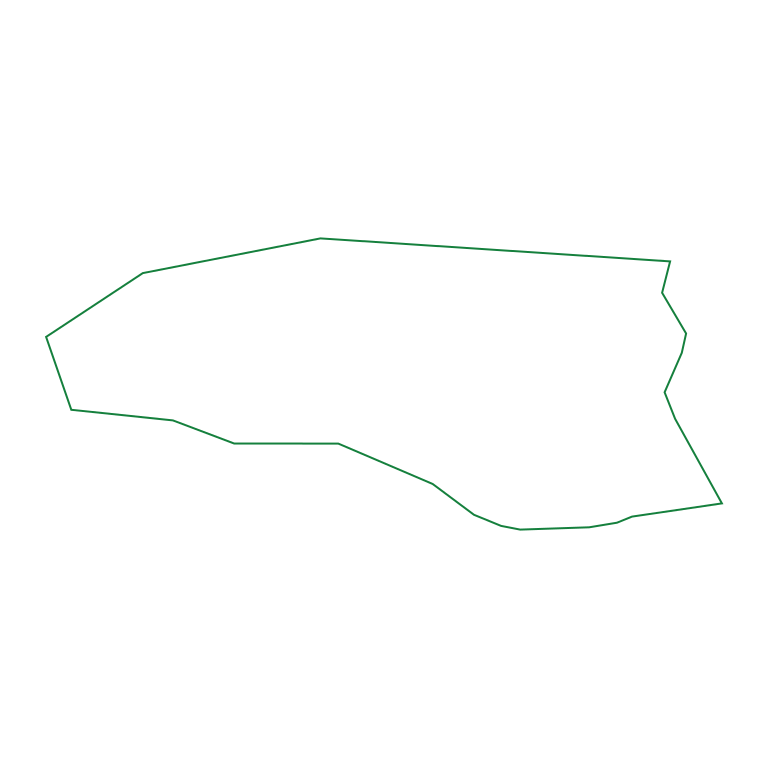 outline of Hoce-Slivnica
{"feature_id": "SVN-229", "entity_name": "Hoce-Slivnica", "entity_type": "Municipality", "adm_level": 1, "iso_a3": "SVN", "parent_name": "Slovenia", "parent_adm1": "", "projection": "equal_earth", "projection_center": [15.644, 46.488], "detail": "fine", "context": "isolated", "style": "outline", "palette": "green", "viewbox_px": 768, "rotation_deg": 0, "n_neighbors": 0, "source": "natural_earth", "source_scale": "10m", "svg_char_len": 389}
<svg xmlns="http://www.w3.org/2000/svg" viewBox="0 0 768 768"><path d="M320.4,238.4L670.1,261.4L662.1,292.8L686.1,333.5L681.8,352.8L664.6,392.3L675.1,418.8L721.9,503.4L632.0,516.6L617.0,522.7L589.2,527.3L520.2,529.6L501.1,525.9L474.0,514.8L432.7,484.0L338.3,443.6L234.1,443.5L172.9,420.4L71.3,409.8L46.1,336.9L142.8,273.1L320.4,238.4Z" fill="none" stroke="#15803d" stroke-width="2"/></svg>